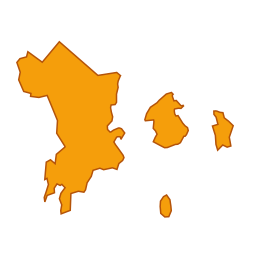 the district of Knox, Maine, United States of America, rotated 355°
{"feature_id": "52423323B37590358813634", "entity_name": "Knox", "entity_type": "district", "adm_level": 2, "iso_a3": "USA", "parent_name": "United States of America", "parent_adm1": "Maine", "projection": "orthographic", "projection_center": [-69.021, 44.093], "detail": "fine", "context": "isolated", "style": "filled", "palette": "amber", "viewbox_px": 256, "rotation_deg": 355, "n_neighbors": 0, "source": "geoboundaries", "source_scale": "gbopen_adm2", "svg_char_len": 2161}
<svg xmlns="http://www.w3.org/2000/svg" viewBox="0 0 256 256"><g transform="rotate(355 128 128)"><path d="M33.1,48.3L26.4,49.5L23.0,53.0L25.5,63.0L23.3,70.5L27.3,82.5L34.3,85.1L33.7,88.0L41.9,89.8L50.3,88.5L54.2,100.8L58.4,114.4L56.5,127.0L63.6,140.8L63.5,141.5L54.3,148.0L52.3,157.2L48.0,152.9L43.6,154.9L40.6,172.1L42.9,171.1L43.8,177.4L40.8,184.7L38.5,189.9L38.7,194.4L41.6,188.1L49.1,186.1L49.2,181.6L52.4,177.5L53.7,178.3L55.4,179.3L57.2,178.4L60.1,182.0L55.5,187.2L53.5,192.5L55.3,198.8L53.8,204.4L53.9,207.7L63.3,205.0L65.4,188.3L73.0,186.7L78.5,188.1L80.3,185.9L82.5,179.0L87.2,173.0L89.5,167.1L96.5,165.6L100.1,167.4L109.0,166.3L113.4,168.3L115.8,162.6L119.8,159.9L121.4,157.2L120.7,154.7L116.0,146.7L115.5,145.9L114.2,143.8L112.7,140.7L115.6,136.5L116.5,135.8L118.5,135.9L119.8,136.4L119.8,138.0L120.2,138.3L124.3,132.7L121.5,128.2L119.7,127.3L118.4,127.2L113.5,128.8L110.5,130.5L109.7,130.4L107.5,127.7L107.6,124.1L112.0,120.1L112.6,119.6L113.7,115.5L112.8,110.7L112.4,106.4L112.7,105.0L113.2,103.6L117.2,103.5L118.8,101.4L119.5,93.2L121.7,86.7L121.5,83.3L122.3,80.4L124.9,75.4L125.1,75.2L121.6,71.7L102.6,73.0L67.1,36.1L48.3,55.0L34.9,43.3L33.1,48.3ZM145.5,121.2L145.9,122.3L154.2,122.2L154.4,123.7L153.1,130.6L155.1,133.2L156.4,136.7L154.3,139.7L152.0,143.9L158.9,148.4L162.7,150.8L165.4,150.9L173.7,148.5L176.2,148.5L178.9,147.2L182.9,141.1L184.1,141.2L185.6,139.8L187.8,135.8L187.3,132.8L185.0,130.8L182.9,127.9L178.9,120.0L176.8,120.2L175.8,118.1L175.6,115.3L175.8,113.6L176.2,113.1L180.0,112.7L182.5,113.1L185.2,110.9L184.8,110.2L183.7,110.7L182.4,110.0L178.5,104.8L176.1,104.9L175.0,100.6L175.1,98.9L175.9,98.3L174.4,96.4L169.1,97.5L161.5,103.1L159.1,105.4L152.1,109.3L147.8,115.3L145.5,121.2ZM215.0,118.6L214.8,121.9L216.7,124.9L217.9,132.2L212.3,133.4L214.4,143.0L214.2,152.0L215.4,157.9L220.9,153.2L225.1,155.7L228.9,154.9L228.1,146.0L233.0,134.9L228.8,130.0L224.8,126.3L223.9,121.0L221.5,120.5L220.8,120.3L218.0,118.9L216.7,118.6L215.0,118.6ZM153.2,209.0L153.2,215.9L156.9,219.8L160.9,219.9L163.9,214.2L163.9,209.6L163.5,203.1L160.6,198.1L157.4,199.5L154.0,203.7L153.2,209.0Z" fill="#f59e0b" stroke="#b45309" stroke-width="1.5"/></g></svg>